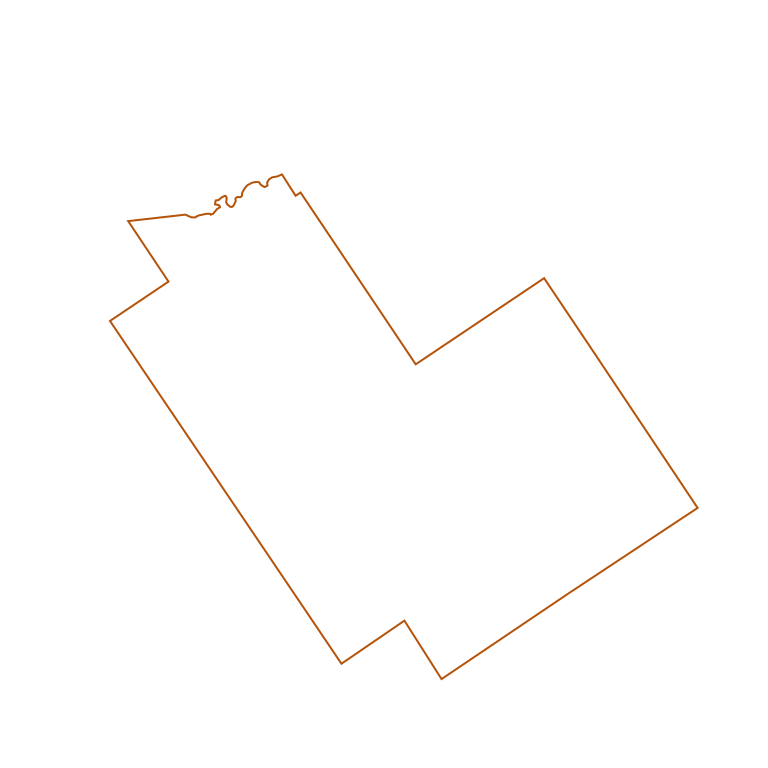 outline of Forest, Wisconsin, United States of America, rotated 326°
{"feature_id": "52423323B22880600101250", "entity_name": "Forest", "entity_type": "district", "adm_level": 2, "iso_a3": "USA", "parent_name": "United States of America", "parent_adm1": "Wisconsin", "projection": "equal_earth", "projection_center": [-88.783, 45.725], "detail": "fine", "context": "isolated", "style": "outline", "palette": "amber", "viewbox_px": 768, "rotation_deg": 326, "n_neighbors": 0, "source": "geoboundaries", "source_scale": "gbopen_adm2", "svg_char_len": 1030}
<svg xmlns="http://www.w3.org/2000/svg" viewBox="0 0 768 768"><g transform="rotate(326 384 384)"><path d="M192.3,592.1L268.6,591.6L266.7,660.8L420.1,660.8L574.7,662.1L575.7,466.5L575.9,385.8L421.3,385.4L421.9,178.6L416.0,178.5L416.6,153.2L411.4,152.2L407.1,150.2L403.4,150.0L399.9,151.5L398.3,154.4L395.0,153.9L393.2,149.7L393.3,147.0L391.0,145.0L387.4,143.4L381.7,142.8L377.7,144.0L374.2,145.7L373.0,146.6L371.6,148.4L370.2,148.9L369.3,148.7L367.0,147.0L366.1,146.9L365.5,146.9L365.0,147.1L364.7,147.3L364.2,147.6L364.0,148.1L363.4,149.4L359.4,151.8L357.1,152.2L355.7,151.3L354.6,147.8L354.6,146.2L354.8,145.1L357.8,141.5L357.9,139.6L357.5,139.1L354.3,138.5L349.8,139.0L347.1,137.7L344.3,140.6L347.0,143.1L347.3,144.7L346.9,145.7L343.6,145.6L337.4,147.3L335.1,146.7L335.2,146.2L334.6,145.4L332.0,143.6L325.3,140.9L323.0,140.3L321.3,140.5L319.7,139.7L317.7,138.2L315.4,134.9L314.9,133.6L313.8,132.4L263.0,105.9L262.6,178.6L192.1,178.5L192.1,247.9L192.3,523.2L192.3,592.1Z" fill="none" stroke="#b45309" stroke-width="2"/></g></svg>